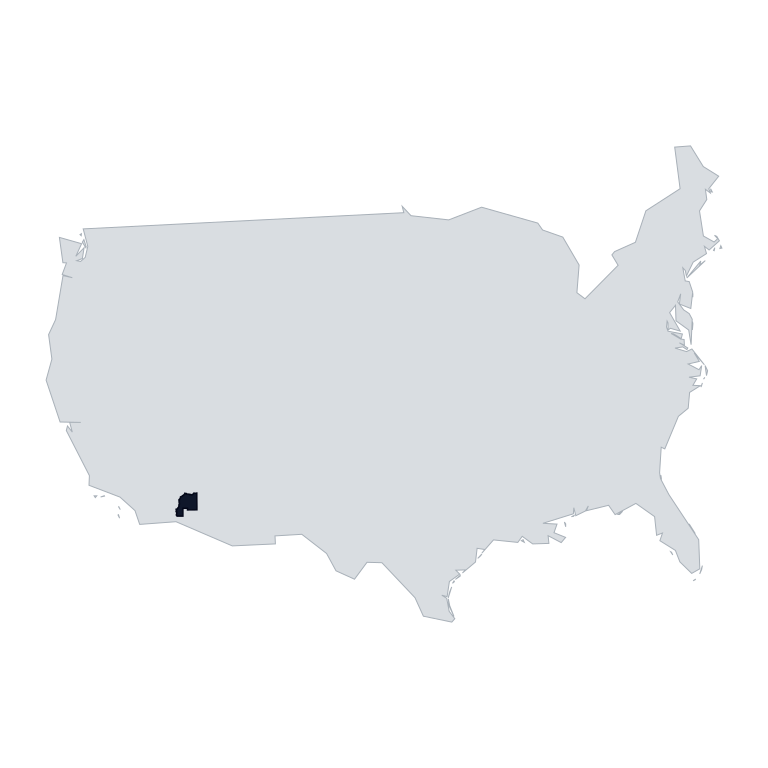 location of La Paz, Arizona, United States of America
{"feature_id": "52423323B41781381522782", "entity_name": "La Paz", "entity_type": "district", "adm_level": 2, "iso_a3": "USA", "parent_name": "United States of America", "parent_adm1": "Arizona", "projection": "orthographic", "projection_center": [-114.201, 33.672], "detail": "fine", "context": "in_parent", "style": "filled", "palette": "ink", "viewbox_px": 768, "rotation_deg": 0, "n_neighbors": 0, "source": "geoboundaries", "source_scale": "gbopen_adm2", "svg_char_len": 6339}
<svg xmlns="http://www.w3.org/2000/svg" viewBox="0 0 768 768"><path d="M645.9,210.8L680.1,188.7L674.7,147.1L690.5,145.9L703.3,166.6L718.7,176.2L708.8,188.7L710.3,193.0L705.4,189.3L706.8,199.5L699.5,210.9L703.4,236.0L714.1,242.0L717.7,238.7L714.5,235.3L716.8,236.4L719.4,240.8L709.1,250.0L704.4,246.3L706.5,253.6L693.2,262.1L686.4,276.0L685.3,270.5L682.8,267.8L685.2,280.9L689.2,281.6L692.7,292.1L690.8,308.5L679.4,304.0L680.7,293.8L677.7,301.9L683.7,309.9L689.2,313.6L692.2,319.2L691.1,344.7L688.7,330.0L676.0,320.8L675.5,305.3L669.6,312.6L680.2,331.1L670.4,328.3L668.1,330.0L668.0,322.9L667.1,321.1L666.5,327.0L668.0,331.2L682.4,334.0L681.2,338.6L673.5,333.8L671.1,333.5L680.7,339.1L684.1,339.5L684.4,345.2L679.4,342.8L687.8,348.0L686.9,349.6L682.8,346.9L675.0,348.1L686.5,351.6L691.9,349.0L704.4,364.8L694.2,352.9L699.3,361.4L688.1,364.0L699.0,369.7L701.7,365.6L700.1,375.8L689.0,377.2L696.7,378.9L692.9,385.3L700.3,385.7L689.6,392.4L688.2,408.2L678.4,416.3L664.8,448.9L661.2,447.2L659.6,472.7L660.5,478.6L668.9,494.6L698.7,539.7L699.8,568.8L691.7,573.4L679.9,561.9L675.4,550.4L659.9,540.7L662.5,533.0L656.6,535.3L654.6,516.6L635.9,503.4L615.1,514.6L608.6,505.3L586.5,510.7L588.3,505.9L585.4,511.0L575.8,515.7L573.8,507.7L573.4,513.8L542.9,523.3L557.0,524.1L554.0,532.7L565.6,537.4L561.2,542.6L548.1,535.7L548.9,543.4L532.7,543.9L522.2,536.3L517.8,542.4L493.5,539.9L481.9,553.1L484.8,549.5L477.1,548.3L475.5,562.0L462.4,573.0L465.4,569.9L455.8,570.2L459.7,574.1L449.4,581.5L447.1,596.6L441.8,595.2L446.7,598.3L449.2,611.4L454.8,618.7L451.8,622.1L423.4,616.2L415.0,597.7L381.9,562.7L367.0,562.3L354.5,579.2L336.0,570.8L326.6,553.5L301.8,534.3L275.0,535.9L275.4,543.9L232.3,545.9L176.0,521.7L139.7,524.4L135.0,510.6L120.0,497.1L89.0,485.3L89.4,475.6L66.3,430.5L67.5,426.0L72.3,432.1L69.7,422.4L80.8,422.4L60.1,422.0L46.1,380.1L51.9,359.1L48.6,334.6L55.6,319.6L63.0,275.6L72.3,277.7L62.2,274.5L66.5,262.9L62.9,262.7L59.4,237.4L81.6,243.7L75.8,256.3L84.1,247.7L82.4,258.5L76.7,260.7L80.5,261.5L85.2,257.4L87.8,246.4L83.2,228.9L403.8,212.7L402.2,206.3L411.0,215.7L448.7,219.9L481.6,207.2L537.8,223.1L542.6,230.0L562.8,237.1L579.1,265.0L576.9,292.7L585.0,298.8L618.1,265.3L611.9,254.9L614.6,251.6L635.4,242.3L645.9,210.8ZM699.8,264.9L705.3,260.6L686.8,278.0L700.8,261.0L699.8,264.9ZM83.9,239.6L86.2,246.7L85.9,247.8L82.3,242.2L83.9,239.6ZM454.0,616.5L448.9,605.5L448.3,598.8L449.7,605.7L454.0,616.5ZM710.6,188.7L712.3,192.0L711.0,191.8L710.6,188.7ZM523.1,539.7L524.3,542.3L521.3,540.7L523.1,539.7ZM100.6,497.0L104.3,495.7L104.5,496.1L100.6,497.0ZM96.8,495.8L95.3,497.6L94.1,495.8L96.8,495.8ZM714.8,247.7L714.2,250.7L713.5,250.4L714.8,247.7ZM449.5,592.4L448.2,598.0L451.7,586.9L449.5,592.4ZM689.6,524.6L695.3,533.6L688.8,523.9L689.6,524.6ZM118.8,506.7L120.3,509.6L118.6,506.9L118.8,506.7ZM701.6,569.7L699.7,573.9L702.4,565.6L701.6,569.7ZM707.6,370.7L706.5,375.6L705.1,365.5L707.6,370.7ZM81.4,233.7L81.2,235.7L80.0,234.6L81.4,233.7ZM460.2,576.1L455.4,579.4L460.2,575.3L460.2,576.1ZM720.8,245.7L721.9,248.1L719.9,248.5L720.8,245.7ZM118.5,514.7L119.6,518.2L118.0,515.0L118.5,514.7ZM454.4,581.7L452.5,583.3L454.0,580.9L454.4,581.7ZM692.9,323.7L692.4,330.0L692.5,321.6L692.9,323.7ZM480.7,555.7L477.7,558.4L481.9,553.9L480.7,555.7ZM660.9,475.2L661.5,479.6L660.4,476.8L660.9,475.2ZM701.5,385.9L700.9,387.1L702.4,382.9L701.5,385.9ZM622.7,511.2L619.6,514.5L618.0,514.5L622.7,511.2ZM574.2,515.4L573.6,516.3L571.4,516.7L574.2,515.4ZM671.5,552.2L672.8,555.0L670.7,551.8L671.5,552.2ZM565.7,523.9L565.7,526.8L564.4,522.0L565.7,523.9ZM695.1,579.8L693.1,580.8L695.7,579.0L695.1,579.8ZM692.9,294.1L692.8,297.2L692.7,292.9L692.9,294.1ZM704.8,377.3L704.0,378.7L703.8,378.7L704.8,377.3Z" fill="#d9dde1" stroke="#a8b0b8" stroke-width="1"/><path d="M184.8,493.3L184.8,493.5L184.9,493.8L184.9,494.0L184.7,494.1L184.4,494.2L184.3,494.3L184.2,494.4L184.1,494.6L183.8,494.8L183.7,494.9L183.7,495.0L183.5,495.3L183.3,495.4L183.3,495.5L183.1,495.6L182.9,495.7L182.6,495.6L182.3,496.1L182.1,496.2L182.1,496.3L181.9,496.3L181.7,496.3L181.5,496.5L181.4,496.6L181.1,496.7L180.9,496.7L180.7,496.8L180.6,497.0L180.4,497.1L180.4,497.3L180.4,497.7L180.4,497.8L180.4,498.0L180.4,498.3L180.2,498.5L180.0,498.8L179.9,498.8L179.8,499.0L179.7,499.0L179.5,499.3L179.3,499.5L179.2,499.5L178.9,499.9L178.9,500.0L179.0,500.0L179.3,500.3L179.3,500.5L179.2,500.5L179.4,500.9L179.4,501.1L179.2,501.2L179.1,501.3L179.1,501.6L179.1,501.8L179.0,502.0L179.1,502.3L179.2,502.5L179.3,502.9L179.4,503.0L179.3,503.3L179.3,503.5L179.5,503.7L179.5,503.8L179.5,504.1L179.4,504.2L179.2,504.3L179.0,504.5L179.1,504.8L179.0,505.0L179.0,505.3L179.0,505.5L179.0,505.8L178.8,506.0L178.9,506.4L179.0,506.6L178.8,506.9L178.6,507.1L178.5,507.3L178.4,507.5L178.2,507.5L178.0,507.8L177.9,507.9L177.9,508.0L177.7,508.2L177.6,508.4L177.6,508.5L177.5,508.9L177.4,509.0L177.2,509.2L176.8,509.1L176.6,509.1L176.5,509.3L176.4,509.3L176.1,509.3L176.1,509.5L176.3,509.7L176.3,509.8L176.4,510.1L176.5,510.2L176.5,510.3L176.4,510.6L176.3,510.8L176.1,511.0L176.1,511.5L176.3,511.5L176.5,511.6L176.8,511.8L176.8,512.0L176.6,512.2L176.7,512.4L176.7,512.5L176.8,512.6L176.8,512.8L176.7,513.0L176.8,513.2L176.8,513.3L176.7,513.5L176.7,513.8L176.6,514.0L176.5,514.3L176.4,514.6L176.3,514.9L176.3,515.0L176.5,515.1L176.6,515.3L176.8,515.6L176.8,515.8L176.9,516.0L177.0,516.0L177.2,515.8L177.2,515.7L177.3,515.8L177.5,516.1L177.9,516.2L178.1,516.2L178.3,516.0L178.6,516.0L178.8,516.0L179.1,516.1L181.3,516.1L181.8,516.1L182.9,516.1L182.9,508.3L187.5,508.3L187.5,509.9L196.9,509.8L196.9,506.4L196.8,498.7L196.8,493.0L196.7,493.0L196.3,493.4L195.9,493.3L195.7,493.3L195.3,493.3L195.1,493.3L194.9,493.2L194.7,493.3L194.6,493.2L194.4,493.2L194.2,493.2L193.9,493.1L193.7,493.2L193.5,493.5L193.3,493.7L193.3,493.8L193.2,493.9L193.1,494.0L193.0,494.3L192.9,494.4L192.7,494.6L192.4,494.6L192.2,494.7L192.0,494.8L191.9,494.8L191.7,494.9L191.4,494.9L191.2,494.9L191.1,494.7L190.9,494.5L190.8,494.4L190.6,494.4L190.5,494.5L190.4,494.5L190.2,494.6L189.9,494.5L189.7,494.5L189.4,494.7L189.2,494.5L189.1,494.3L189.1,494.2L188.9,494.2L188.7,494.1L188.3,494.2L188.0,494.2L187.9,494.2L187.7,494.1L187.4,494.1L187.1,494.1L186.9,494.1L186.7,494.1L186.6,493.9L186.5,494.0L186.4,494.1L186.2,493.9L186.1,493.7L185.9,493.5L185.7,493.5L185.6,493.4L185.4,493.4L185.2,493.4L184.9,493.3L184.8,493.3Z" fill="#0f172a" stroke="#020617" stroke-width="1.5"/></svg>